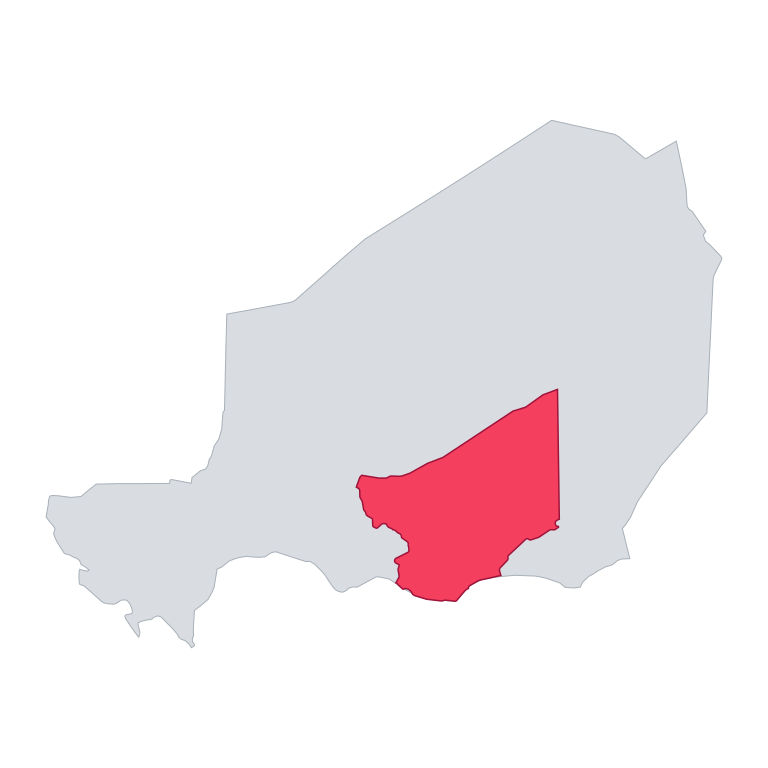 Niger, with Zinder highlighted
{"feature_id": "NER-92", "entity_name": "Zinder", "entity_type": "Department", "adm_level": 1, "iso_a3": "NER", "parent_name": "Niger", "parent_adm1": "", "projection": "orthographic", "projection_center": [9.186, 15.151], "detail": "fine", "context": "in_parent", "style": "filled", "palette": "rose", "viewbox_px": 768, "rotation_deg": 0, "n_neighbors": 0, "source": "natural_earth", "source_scale": "10m", "svg_char_len": 5566}
<svg xmlns="http://www.w3.org/2000/svg" viewBox="0 0 768 768"><path d="M629.8,558.7L622.0,559.0L617.5,560.5L612.0,565.0L605.6,566.8L598.0,570.8L593.2,574.0L588.6,576.5L582.4,582.5L580.4,587.1L574.1,588.0L565.3,587.4L559.7,582.9L546.6,578.3L538.2,576.5L534.3,576.0L514.5,575.3L493.4,577.3L482.7,579.6L480.7,580.1L474.6,583.0L469.5,586.2L455.9,600.8L437.7,600.4L427.0,598.7L417.9,596.4L405.1,589.6L389.3,579.1L383.2,577.7L377.7,576.8L375.9,577.0L357.0,587.2L353.4,586.9L348.9,588.1L346.0,590.6L343.8,591.9L341.5,592.1L338.6,591.5L335.7,589.9L332.8,586.9L325.1,575.3L323.6,573.3L320.3,569.8L314.8,564.4L311.0,561.9L308.7,561.2L306.0,561.6L291.0,556.8L276.0,551.8L272.6,552.3L270.3,553.3L265.0,556.8L258.8,557.3L251.0,556.9L246.8,556.3L239.8,557.4L235.2,558.7L229.2,561.0L221.2,567.4L219.0,568.2L217.1,569.2L214.1,587.2L211.9,592.6L207.8,599.7L199.8,606.4L194.4,610.4L194.1,616.0L193.5,625.1L193.3,631.4L193.6,635.5L192.7,637.4L192.3,639.2L192.5,641.8L193.7,643.1L194.5,644.8L193.9,646.2L191.4,647.7L188.7,643.6L185.1,640.6L181.2,639.2L178.6,637.0L177.3,634.1L172.3,628.3L160.7,616.7L159.5,616.4L157.5,615.9L154.1,617.2L152.0,619.0L150.6,619.6L148.4,619.7L142.7,620.9L138.2,622.6L138.0,624.1L140.0,632.7L138.8,637.2L136.9,635.0L130.6,626.2L126.3,619.7L125.5,618.3L124.9,616.1L125.4,615.1L127.2,614.5L131.3,613.8L132.1,613.2L132.4,611.5L131.8,608.2L129.7,603.7L127.3,600.7L126.0,600.1L123.6,599.9L120.9,600.3L115.8,603.7L113.5,604.2L108.4,603.8L103.8,602.9L101.0,601.0L92.9,593.6L84.0,585.8L80.2,584.6L79.3,583.8L78.9,578.0L79.2,571.0L79.8,569.3L83.6,570.5L87.7,571.1L89.0,569.9L85.8,567.3L81.2,564.7L79.6,560.8L78.3,559.5L76.3,558.1L73.9,557.3L71.5,556.1L69.9,555.0L67.2,554.4L64.3,553.4L60.4,547.2L56.6,541.1L54.4,536.3L53.7,533.4L55.0,528.7L53.9,526.7L49.6,521.7L46.1,517.0L47.3,510.1L48.3,504.3L48.5,500.6L49.1,498.5L49.7,496.2L52.2,495.5L58.5,495.8L70.7,497.4L80.6,496.6L81.1,496.4L88.3,490.4L96.2,484.1L107.8,483.9L120.3,483.6L130.1,483.6L144.5,483.6L156.1,483.5L169.5,483.4L170.0,480.4L170.8,479.6L172.1,479.6L182.0,481.5L191.2,483.3L192.0,477.6L200.4,470.7L205.0,469.3L206.2,468.1L207.7,465.8L208.7,462.1L209.2,459.4L210.9,457.3L212.3,453.3L214.1,446.2L218.9,438.9L221.8,428.9L222.4,419.2L223.1,411.9L224.5,410.4L224.8,397.3L225.1,384.1L225.3,372.9L225.7,359.1L225.9,346.9L226.3,333.7L226.6,321.9L226.8,314.1L236.0,312.4L245.6,310.7L259.7,308.1L274.9,305.3L291.4,302.2L295.2,300.3L307.8,289.1L313.5,284.1L324.8,274.1L333.5,266.3L344.6,256.5L356.2,246.6L365.5,238.7L380.0,229.7L401.7,216.2L423.4,202.6L445.0,189.0L466.6,175.3L488.0,161.6L509.3,147.9L530.5,134.1L551.6,120.3L573.2,125.2L593.7,129.7L614.3,134.3L619.2,136.9L630.4,146.3L644.8,158.4L645.4,158.6L646.0,158.6L659.2,151.0L676.3,141.1L681.8,166.7L686.1,188.7L686.9,202.8L687.2,206.5L688.7,208.9L692.1,211.3L705.9,231.4L703.3,235.0L705.5,241.3L709.0,243.9L720.4,255.8L721.9,258.1L721.4,260.1L714.3,274.6L713.2,278.2L712.3,296.5L711.7,309.5L710.9,327.3L709.9,348.6L709.0,366.6L707.9,390.3L706.9,412.8L696.0,425.5L676.7,447.9L660.8,466.1L653.0,478.2L637.4,501.9L630.6,517.1L625.2,525.1L622.4,528.5L625.1,539.5L629.8,558.7Z" fill="#d9dde1" stroke="#a8b0b8" stroke-width="1"/><path d="M500.9,575.5L479.7,580.2L477.9,581.0L469.6,585.7L468.8,586.5L468.6,586.9L468.5,588.0L468.3,588.5L467.9,588.9L467.7,588.9L467.0,589.0L466.2,589.6L464.7,591.0L457.2,599.9L456.9,600.3L456.4,600.7L456.0,601.0L455.7,601.2L454.7,601.2L445.4,600.2L444.6,600.2L442.3,600.9L440.7,600.9L427.9,599.4L426.4,599.2L414.8,595.7L413.2,594.8L412.5,593.9L411.2,591.8L410.4,590.8L408.5,589.4L407.4,588.9L406.2,588.6L405.7,588.6L404.6,588.7L404.1,588.9L403.6,589.2L403.4,589.3L402.8,589.1L402.5,588.9L398.2,584.9L397.1,583.5L396.5,583.0L395.9,582.8L396.1,582.5L398.8,577.5L399.1,576.8L399.1,576.0L398.1,569.7L398.1,569.0L399.1,565.5L399.1,564.9L398.6,564.5L398.0,564.1L396.5,563.4L395.8,563.0L395.2,562.5L394.8,561.8L394.6,561.3L394.6,560.8L394.6,560.2L395.0,559.4L395.1,559.1L395.2,558.9L395.4,558.7L395.6,558.5L408.1,552.2L408.6,551.8L408.8,551.2L408.9,550.5L408.9,548.9L408.7,547.3L408.4,546.4L408.3,545.9L408.2,545.3L408.2,543.9L408.2,543.1L407.9,542.4L407.3,541.7L401.9,537.9L401.6,537.5L401.5,537.1L401.2,535.6L401.1,535.1L400.9,534.8L400.7,534.5L400.3,534.1L399.7,533.7L398.0,532.9L397.8,532.8L395.5,530.7L394.9,530.2L394.4,530.0L393.5,529.9L393.3,529.9L393.0,529.8L391.6,528.6L390.8,528.2L390.3,528.1L388.6,527.3L388.2,527.0L387.5,526.2L386.1,523.9L385.9,523.7L385.6,523.7L383.1,523.6L382.4,523.7L381.7,524.1L377.7,527.7L377.0,528.1L376.4,528.2L375.7,528.0L373.6,526.9L373.0,526.5L372.8,525.8L372.7,525.3L372.5,519.7L372.4,519.0L372.0,518.6L371.4,518.2L367.7,516.1L367.0,515.5L366.3,514.8L365.4,512.0L365.0,511.4L364.2,510.5L363.8,509.9L363.6,509.3L362.3,501.9L361.8,500.5L360.0,497.4L359.9,496.6L359.7,490.3L359.1,488.8L356.3,487.1L359.9,477.2L361.7,475.3L379.0,478.1L386.4,478.1L389.8,476.3L390.7,476.1L391.5,476.0L399.4,476.3L401.9,476.0L409.9,473.2L427.6,463.3L442.8,457.5L513.0,411.1L525.6,407.2L543.0,394.8L557.5,389.4L559.3,519.3L558.5,519.5L557.3,520.1L556.1,520.9L555.7,521.3L555.5,521.9L555.3,522.4L555.2,523.5L555.3,524.1L555.6,524.8L555.8,525.3L556.1,525.7L556.6,526.0L558.4,526.5L558.6,526.9L558.4,527.3L555.4,529.4L554.9,529.7L554.3,529.8L550.7,529.7L550.3,529.8L549.7,530.0L538.8,537.3L530.9,539.9L530.4,540.0L530.0,540.0L529.5,539.7L527.7,538.8L527.1,538.6L526.6,538.7L525.7,539.3L508.1,555.8L507.9,556.2L507.9,556.6L508.0,557.5L508.0,558.7L507.9,559.2L507.8,559.6L507.6,559.9L507.3,560.4L499.8,568.3L499.5,569.4L499.4,570.2L500.8,575.3L500.9,575.5L500.9,575.5Z" fill="#f43f5e" stroke="#9f1239" stroke-width="1.5"/></svg>